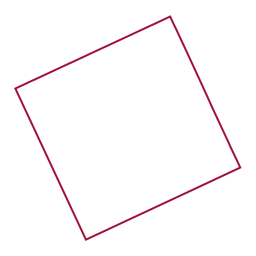 outline of Sherman, Texas, United States of America, rotated 65°
{"feature_id": "52423323B51722927782830", "entity_name": "Sherman", "entity_type": "district", "adm_level": 2, "iso_a3": "USA", "parent_name": "United States of America", "parent_adm1": "Texas", "projection": "mercator", "projection_center": [-101.861, 36.278], "detail": "fine", "context": "isolated", "style": "outline", "palette": "rose", "viewbox_px": 256, "rotation_deg": 65, "n_neighbors": 0, "source": "geoboundaries", "source_scale": "gbopen_adm2", "svg_char_len": 371}
<svg xmlns="http://www.w3.org/2000/svg" viewBox="0 0 256 256"><g transform="rotate(65 128 128)"><path d="M44.6,213.4L211.4,213.3L211.3,43.0L203.2,43.0L202.0,43.0L188.1,43.1L184.9,43.0L163.2,43.0L162.8,43.0L162.4,43.0L162.0,43.0L160.5,43.0L148.6,43.0L116.6,42.7L85.0,42.6L57.3,42.6L56.2,42.7L44.8,42.7L44.6,213.4Z" fill="none" stroke="#9f1239" stroke-width="2"/></g></svg>